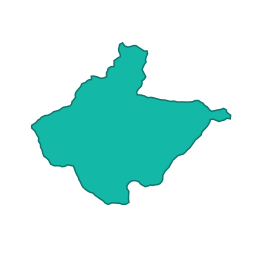 Indaiatuba, São Paulo, Brazil (Albers equal-area conic projection), rotated 297°
{"feature_id": "56859067B18588423436389", "entity_name": "Indaiatuba", "entity_type": "district", "adm_level": 2, "iso_a3": "BRA", "parent_name": "Brazil", "parent_adm1": "São Paulo", "projection": "albers", "projection_center": [-47.191, -23.112], "detail": "fine", "context": "isolated", "style": "filled", "palette": "teal", "viewbox_px": 256, "rotation_deg": 297, "n_neighbors": 0, "source": "geoboundaries", "source_scale": "gbopen_adm2", "svg_char_len": 2545}
<svg xmlns="http://www.w3.org/2000/svg" viewBox="0 0 256 256"><g transform="rotate(297 128 128)"><path d="M186.0,213.6L186.4,211.0L187.0,208.8L188.8,207.2L188.8,204.2L186.5,202.1L184.3,199.1L182.5,197.0L180.8,194.7L181.2,192.2L182.7,189.3L182.9,186.2L184.1,183.5L184.1,180.6L184.5,178.3L182.9,175.3L180.7,173.6L178.8,170.6L177.4,167.8L175.8,164.5L173.6,160.2L172.9,156.9L171.3,154.4L170.3,151.4L169.8,148.6L167.9,144.1L167.1,140.3L166.6,137.6L166.0,135.2L164.0,131.7L164.0,128.0L163.3,124.6L161.8,121.4L163.4,119.5L165.6,119.3L168.7,120.0L171.1,120.8L173.6,120.5L176.4,119.0L178.3,120.2L181.7,120.6L184.6,116.5L186.6,113.9L189.4,113.8L192.3,113.7L194.8,114.2L196.9,112.5L199.7,111.9L203.0,111.7L205.3,110.1L203.9,107.5L204.3,104.6L204.6,100.9L205.0,97.7L204.1,95.7L202.4,94.0L200.0,91.2L199.6,87.9L201.4,84.5L198.7,82.6L196.4,83.3L193.9,83.8L192.0,85.2L190.1,87.6L188.0,88.8L185.9,87.1L184.0,86.3L181.7,85.0L178.7,86.6L176.5,87.7L174.9,85.0L172.2,83.3L169.8,83.8L167.3,83.8L164.1,85.6L161.8,83.9L160.0,81.5L159.5,77.0L158.6,73.7L157.5,71.8L154.6,73.5L153.4,71.5L151.7,70.3L149.1,69.4L146.6,66.9L143.0,67.0L140.2,66.2L137.7,65.6L135.5,65.4L133.5,65.9L131.6,67.3L129.0,66.9L126.0,66.2L123.6,66.9L121.4,66.3L119.0,63.5L116.8,60.7L114.2,59.5L112.1,58.1L110.4,56.2L108.8,54.4L106.1,53.2L103.1,51.0L101.4,48.4L98.3,46.0L95.6,45.3L94.0,44.1L91.7,43.8L89.5,42.7L86.7,41.0L84.3,42.1L83.7,44.2L82.6,47.2L81.2,48.9L80.0,50.7L78.7,52.9L75.6,54.2L73.7,57.4L71.1,58.9L69.7,61.1L66.9,63.5L64.6,66.0L64.3,69.0L63.4,71.9L62.1,73.6L60.7,75.5L60.9,79.5L63.1,83.7L63.6,86.9L65.3,89.3L67.6,90.8L68.4,93.2L69.3,96.6L67.2,99.0L65.0,101.3L63.0,103.8L61.6,106.1L59.8,107.6L58.6,109.6L57.0,111.7L55.1,114.2L54.0,117.7L53.6,120.6L53.5,123.4L54.2,126.5L53.1,129.1L52.8,131.4L52.4,133.9L52.1,136.3L51.9,138.7L50.7,142.2L51.0,145.1L53.9,147.5L55.0,149.9L56.3,152.8L57.1,154.9L57.5,157.7L59.2,160.8L62.1,162.6L65.3,160.5L68.6,158.9L71.8,157.6L73.9,154.2L76.8,153.2L79.7,153.9L82.1,154.9L83.7,156.9L84.7,159.3L85.0,162.1L83.9,164.3L83.6,166.9L83.6,170.1L85.7,172.4L87.5,174.0L88.1,176.2L89.8,178.1L91.1,180.2L92.7,181.6L95.3,182.4L97.4,182.4L99.3,181.6L101.8,180.5L105.4,180.6L108.2,181.2L111.5,182.3L114.5,182.4L119.7,182.6L126.4,185.2L128.3,187.3L130.0,189.1L132.2,190.0L135.0,190.7L138.1,192.0L142.9,192.8L147.7,193.4L151.7,195.1L154.7,196.3L158.0,195.8L160.2,196.2L164.1,197.5L166.5,198.0L170.9,198.1L173.0,197.5L174.6,199.9L174.8,203.0L175.1,206.1L177.2,208.2L178.6,210.0L181.7,211.8L182.6,215.0L186.0,213.6Z" fill="#14b8a6" stroke="#0f766e" stroke-width="1.5"/></g></svg>